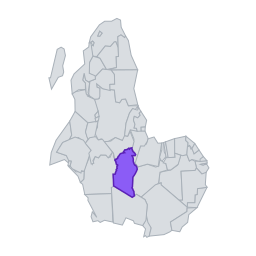 Chad on a map of Africa (Equal Earth projection), rotated 178°
{"feature_id": "TCD", "entity_name": "Chad", "entity_type": "country or territory", "adm_level": 0, "iso_a3": "TCD", "parent_name": "Africa", "parent_adm1": "", "projection": "equal_earth", "projection_center": [18.978, 15.46], "detail": "fine", "context": "in_parent", "style": "filled", "palette": "violet", "viewbox_px": 256, "rotation_deg": 178, "n_neighbors": 49, "source": "natural_earth", "source_scale": "50m", "svg_char_len": 12639}
<svg xmlns="http://www.w3.org/2000/svg" viewBox="0 0 256 256"><g transform="rotate(178 128 128)"><path d="M168.0,134.6L180.3,146.4L180.1,158.4L182.6,164.1L180.7,165.9L169.2,167.9L167.4,161.3L160.4,157.9L157.8,152.2L157.2,145.8L160.6,142.2L159.8,135.2L168.0,134.6Z" fill="#d9dde1" stroke="#a8b0b8" stroke-width="1"/><path d="M71.6,46.8L71.2,51.3L63.9,51.1L63.3,58.8L61.2,59.1L60.6,65.0L51.1,66.0L61.8,46.0L71.6,46.8Z" fill="#d9dde1" stroke="#a8b0b8" stroke-width="1"/><path d="M157.2,145.8L160.4,157.9L155.7,158.5L154.8,168.7L157.6,169.9L157.8,173.3L152.0,168.2L140.3,166.5L139.4,154.6L135.6,153.5L133.1,156.8L129.4,157.1L126.8,150.2L117.1,149.9L120.4,145.8L122.7,147.3L126.0,142.8L129.8,132.9L131.9,118.3L134.1,115.7L141.0,118.9L148.6,115.0L152.6,115.1L155.1,118.1L158.1,117.1L161.6,124.6L158.5,129.7L157.2,145.8Z" fill="#d9dde1" stroke="#a8b0b8" stroke-width="1"/><path d="M186.0,136.9L184.5,122.8L187.2,118.2L193.8,115.8L200.2,106.3L190.6,102.6L187.8,98.3L189.1,95.5L192.6,98.7L207.5,93.7L205.6,106.1L200.3,118.3L186.0,136.9Z" fill="#d9dde1" stroke="#a8b0b8" stroke-width="1"/><path d="M180.3,146.4L168.0,134.6L170.6,125.6L168.2,118.2L171.2,114.2L177.8,120.2L186.6,119.2L184.5,122.8L186.0,136.9L180.3,146.4Z" fill="#d9dde1" stroke="#a8b0b8" stroke-width="1"/><path d="M146.0,105.6L144.2,104.3L143.4,103.4L143.6,99.8L139.8,92.0L142.3,82.4L144.3,82.6L144.1,69.1L146.7,69.1L146.6,63.0L173.5,63.0L175.3,73.3L177.5,75.2L174.0,78.4L173.0,88.9L168.5,98.1L168.0,104.2L164.9,93.0L161.8,100.7L158.6,99.2L156.2,102.0L151.1,101.7L147.1,99.2L144.4,104.4L146.0,105.6Z" fill="#d9dde1" stroke="#a8b0b8" stroke-width="1"/><path d="M127.1,219.9L128.2,218.5L131.8,221.3L135.0,219.6L135.0,208.6L137.2,214.7L138.8,214.4L142.7,210.1L147.9,210.7L156.6,200.5L160.6,201.0L162.0,207.4L161.7,211.8L159.9,211.5L159.0,214.5L160.3,216.1L163.8,214.5L162.1,220.4L153.0,232.1L147.6,235.5L140.7,235.3L135.3,237.9L131.7,236.1L131.3,228.9L127.1,219.9ZM155.0,221.0L153.0,220.7L150.6,223.7L152.9,225.7L155.0,221.0Z" fill="#d9dde1" stroke="#a8b0b8" stroke-width="1"/><path d="M155.0,221.0L152.9,225.7L150.6,223.7L153.0,220.7L155.0,221.0Z" fill="#d9dde1" stroke="#a8b0b8" stroke-width="1"/><path d="M160.6,201.0L153.5,198.7L147.4,187.2L151.4,187.8L159.0,180.3L164.8,184.0L164.1,195.1L160.6,201.0Z" fill="#d9dde1" stroke="#a8b0b8" stroke-width="1"/><path d="M156.6,200.5L147.9,210.7L142.7,210.1L138.8,214.4L137.2,214.7L135.0,208.6L135.0,199.8L137.3,199.7L137.4,188.8L147.4,187.2L153.5,198.7L156.6,200.5Z" fill="#d9dde1" stroke="#a8b0b8" stroke-width="1"/><path d="M135.0,199.8L135.0,219.6L131.8,221.3L128.2,218.5L127.1,219.9L124.6,215.5L122.3,200.6L116.3,185.8L146.9,186.7L137.4,188.8L137.3,199.7L135.0,199.8Z" fill="#d9dde1" stroke="#a8b0b8" stroke-width="1"/><path d="M50.4,88.8L48.5,85.3L52.2,80.0L55.8,79.5L61.0,85.7L62.2,92.4L50.3,92.6L50.0,90.2L57.0,89.1L50.4,88.8Z" fill="#d9dde1" stroke="#a8b0b8" stroke-width="1"/><path d="M62.2,92.4L61.0,85.7L62.3,83.3L76.5,82.9L76.0,54.0L79.4,54.0L96.9,70.0L96.8,72.0L99.4,71.7L97.6,82.7L86.7,84.6L79.8,89.2L76.2,98.9L70.1,99.4L67.8,92.9L65.3,94.3L62.2,92.4Z" fill="#d9dde1" stroke="#a8b0b8" stroke-width="1"/><path d="M51.1,66.0L60.6,65.0L61.2,59.1L63.3,58.8L63.9,51.1L71.2,51.3L71.6,46.8L79.4,54.0L76.0,54.0L76.5,82.9L62.3,83.3L61.0,85.7L55.8,79.5L51.4,81.0L52.7,68.8L51.1,66.0Z" fill="#d9dde1" stroke="#a8b0b8" stroke-width="1"/><path d="M94.9,111.8L92.9,112.2L92.6,102.8L90.6,98.6L95.5,93.1L97.6,97.8L95.0,104.8L94.9,111.8Z" fill="#d9dde1" stroke="#a8b0b8" stroke-width="1"/><path d="M123.6,60.4L126.0,67.9L124.4,79.4L120.4,86.4L122.8,89.7L121.8,92.3L119.3,88.8L109.9,91.2L101.7,88.0L98.5,89.0L97.3,94.9L91.4,91.2L90.0,84.7L97.6,82.7L99.4,71.7L117.2,58.5L122.0,61.5L123.6,60.4Z" fill="#d9dde1" stroke="#a8b0b8" stroke-width="1"/><path d="M94.9,111.8L99.2,88.4L109.9,91.2L119.3,88.8L122.7,93.6L116.1,109.6L110.2,111.3L108.4,116.5L102.3,118.1L98.7,111.8L94.9,111.8Z" fill="#d9dde1" stroke="#a8b0b8" stroke-width="1"/><path d="M122.6,91.1L124.8,100.1L121.3,101.5L124.7,107.3L122.4,116.6L125.8,126.1L111.1,124.4L108.4,117.4L109.0,114.3L112.3,109.4L116.1,109.6L122.6,91.1Z" fill="#d9dde1" stroke="#a8b0b8" stroke-width="1"/><path d="M90.9,97.0L92.9,112.2L91.0,112.9L88.7,97.9L90.9,97.0Z" fill="#d9dde1" stroke="#a8b0b8" stroke-width="1"/><path d="M88.9,96.9L91.0,112.9L81.8,115.8L82.0,97.1L88.9,96.9Z" fill="#d9dde1" stroke="#a8b0b8" stroke-width="1"/><path d="M70.1,99.4L74.4,98.4L82.2,101.2L81.8,115.8L70.4,117.8L70.8,113.6L68.5,111.2L70.1,99.4Z" fill="#d9dde1" stroke="#a8b0b8" stroke-width="1"/><path d="M57.2,92.0L65.3,94.3L67.8,92.9L70.1,99.4L69.3,107.3L67.1,108.5L65.9,104.7L64.2,105.3L62.9,99.9L57.8,103.5L53.7,96.8L57.2,92.0Z" fill="#d9dde1" stroke="#a8b0b8" stroke-width="1"/><path d="M50.3,92.6L57.2,92.0L57.0,94.4L53.7,96.8L50.3,92.6Z" fill="#d9dde1" stroke="#a8b0b8" stroke-width="1"/><path d="M68.9,107.3L68.5,111.2L70.8,113.6L70.4,117.8L61.8,110.2L64.8,105.1L67.1,108.5L68.9,107.3Z" fill="#d9dde1" stroke="#a8b0b8" stroke-width="1"/><path d="M57.8,103.5L62.9,99.9L64.8,105.1L61.8,110.2L57.8,103.5Z" fill="#d9dde1" stroke="#a8b0b8" stroke-width="1"/><path d="M76.2,98.9L79.1,90.0L86.7,84.6L90.0,84.7L91.4,91.2L94.0,91.9L90.9,97.0L82.0,97.1L82.2,101.2L76.2,98.9Z" fill="#d9dde1" stroke="#a8b0b8" stroke-width="1"/><path d="M152.6,115.1L145.7,115.5L141.0,118.9L134.1,115.7L131.7,120.5L128.6,119.8L126.0,124.4L122.4,114.4L124.3,108.2L130.6,106.7L142.0,96.5L143.4,103.4L152.6,115.1Z" fill="#d9dde1" stroke="#a8b0b8" stroke-width="1"/><path d="M131.7,120.5L129.8,132.9L126.0,142.8L122.7,147.3L118.1,145.6L116.4,147.5L114.5,144.2L116.3,142.4L115.4,140.3L117.9,137.8L121.3,139.4L122.3,135.8L120.9,131.5L121.9,127.8L119.6,127.4L119.1,124.4L125.8,126.1L128.6,119.8L131.7,120.5Z" fill="#d9dde1" stroke="#a8b0b8" stroke-width="1"/><path d="M114.9,124.5L118.8,124.3L119.6,127.4L121.9,127.8L120.9,131.5L122.3,135.8L121.3,139.4L117.9,137.8L115.4,140.3L116.3,142.4L114.5,144.2L109.1,135.1L110.7,128.4L114.9,128.3L114.9,124.5Z" fill="#d9dde1" stroke="#a8b0b8" stroke-width="1"/><path d="M111.1,124.4L114.9,124.5L114.9,128.3L110.7,128.4L111.1,124.4Z" fill="#d9dde1" stroke="#a8b0b8" stroke-width="1"/><path d="M160.4,157.9L166.2,162.1L164.7,174.7L165.9,175.5L158.8,178.1L159.0,180.3L151.4,187.8L142.7,186.5L139.7,182.1L139.8,172.2L144.6,172.2L144.4,166.0L152.0,168.2L157.8,173.3L157.6,169.9L154.8,168.7L155.0,160.5L156.4,158.1L160.4,157.9Z" fill="#d9dde1" stroke="#a8b0b8" stroke-width="1"/><path d="M165.1,160.7L168.6,163.6L169.0,174.3L171.6,177.5L169.9,184.3L168.7,177.5L164.7,174.7L166.7,164.8L165.1,160.7Z" fill="#d9dde1" stroke="#a8b0b8" stroke-width="1"/><path d="M169.2,167.9L175.9,168.0L182.6,164.1L183.3,177.8L180.0,184.0L169.0,193.5L170.0,206.6L164.4,210.3L163.8,214.5L162.1,214.5L160.6,201.0L164.1,195.1L164.8,184.0L159.1,181.4L158.8,178.1L165.9,175.5L168.7,177.5L169.9,184.3L171.6,177.5L169.0,174.3L169.2,167.9Z" fill="#d9dde1" stroke="#a8b0b8" stroke-width="1"/><path d="M162.1,214.5L160.3,216.1L159.0,214.5L159.9,211.5L162.1,214.5Z" fill="#d9dde1" stroke="#a8b0b8" stroke-width="1"/><path d="M116.4,147.5L118.1,147.4L117.1,149.9L116.4,147.5ZM117.4,150.9L126.8,150.2L129.4,157.1L133.1,156.8L135.6,153.5L139.4,154.6L140.3,166.5L144.7,167.0L144.6,172.2L139.8,172.2L139.7,182.1L142.7,186.5L116.3,185.8L120.8,167.2L117.4,150.9Z" fill="#d9dde1" stroke="#a8b0b8" stroke-width="1"/><path d="M159.9,139.2L160.6,142.2L157.2,145.8L156.5,140.6L159.9,139.2Z" fill="#d9dde1" stroke="#a8b0b8" stroke-width="1"/><path d="M203.1,169.5L205.3,180.9L203.7,180.9L196.0,209.1L192.0,211.1L189.1,209.2L188.0,202.6L191.1,192.4L190.3,186.2L191.6,182.5L195.9,181.1L203.1,169.5Z" fill="#d9dde1" stroke="#a8b0b8" stroke-width="1"/><path d="M50.0,90.2L54.2,88.0L57.0,89.1L50.0,90.2Z" fill="#d9dde1" stroke="#a8b0b8" stroke-width="1"/><path d="M112.2,38.2L108.3,27.3L110.6,19.2L113.0,18.1L114.3,19.8L116.1,18.8L114.0,26.6L116.8,30.0L112.2,38.2Z" fill="#d9dde1" stroke="#a8b0b8" stroke-width="1"/><path d="M71.6,46.8L72.0,42.5L88.9,32.5L87.7,24.2L89.9,22.7L95.8,20.2L110.6,19.2L108.3,27.3L111.4,33.0L112.8,40.8L111.4,50.6L113.5,55.8L117.2,58.5L102.6,70.3L96.8,72.0L96.9,70.0L71.6,46.8Z" fill="#d9dde1" stroke="#a8b0b8" stroke-width="1"/><path d="M173.3,86.3L174.0,78.4L177.5,75.2L179.7,81.6L188.8,91.6L187.2,92.1L181.6,86.0L173.3,86.3Z" fill="#d9dde1" stroke="#a8b0b8" stroke-width="1"/><path d="M61.8,46.0L70.3,39.3L71.7,31.6L77.3,27.2L79.9,22.5L87.7,24.2L88.9,32.5L72.0,42.5L71.7,46.0L61.8,46.0Z" fill="#d9dde1" stroke="#a8b0b8" stroke-width="1"/><path d="M173.5,63.0L146.6,63.0L146.4,34.5L154.7,36.6L159.1,34.6L161.3,36.4L166.3,35.5L168.0,40.6L166.6,45.5L162.3,39.8L170.6,57.1L170.3,59.6L173.5,63.0Z" fill="#d9dde1" stroke="#a8b0b8" stroke-width="1"/><path d="M145.9,33.6L146.7,69.1L144.0,70.4L125.9,58.7L122.0,61.5L113.5,55.8L111.4,50.6L113.3,35.1L116.8,30.0L124.9,32.5L125.8,35.1L133.2,38.3L137.0,31.2L145.9,33.6Z" fill="#d9dde1" stroke="#a8b0b8" stroke-width="1"/><path d="M200.2,106.3L193.8,115.8L181.2,120.8L173.2,117.5L165.6,107.0L173.3,86.3L176.0,86.9L176.6,84.6L185.3,89.3L187.2,92.1L185.9,96.8L188.3,97.2L190.6,102.6L200.2,106.3Z" fill="#d9dde1" stroke="#a8b0b8" stroke-width="1"/><path d="M187.2,92.1L189.4,92.6L188.3,97.2L185.9,96.8L187.2,92.1Z" fill="#d9dde1" stroke="#a8b0b8" stroke-width="1"/><path d="M168.0,134.6L157.8,135.8L161.7,119.6L168.2,118.2L169.3,120.4L170.6,125.6L168.0,134.6Z" fill="#d9dde1" stroke="#a8b0b8" stroke-width="1"/><path d="M159.8,135.2L160.6,138.8L156.5,140.6L157.2,136.7L159.8,135.2Z" fill="#d9dde1" stroke="#a8b0b8" stroke-width="1"/><path d="M160.7,120.5L158.1,117.1L154.0,117.7L144.4,104.4L148.8,98.8L151.1,101.7L156.2,102.0L158.6,99.2L161.8,100.7L164.2,96.7L163.4,93.9L166.0,93.3L168.0,104.2L165.6,107.0L171.2,114.2L166.7,119.6L160.7,120.5Z" fill="#d9dde1" stroke="#a8b0b8" stroke-width="1"/><path d="M144.4,70.6L144.4,72.0L144.4,73.3L144.4,74.7L144.4,76.1L144.4,77.5L144.5,78.8L144.5,80.2L144.5,81.6L144.5,82.1L144.5,82.3L144.4,82.3L143.9,82.2L143.6,82.2L143.3,82.3L142.8,82.3L142.5,82.3L142.3,82.5L142.1,82.8L142.2,83.5L142.1,84.0L141.9,84.2L141.8,84.3L141.7,84.5L141.6,84.8L141.5,85.1L141.5,85.3L141.4,85.4L141.2,85.5L140.9,85.8L140.9,86.0L141.0,86.5L141.1,86.8L141.2,87.0L140.8,87.4L140.7,87.5L140.4,87.9L140.2,88.0L140.2,88.4L140.3,88.7L140.4,89.0L140.5,89.2L140.5,89.5L140.4,89.9L140.3,90.0L139.9,90.3L139.8,90.7L139.6,91.1L139.6,91.4L139.6,91.5L139.8,91.7L140.0,91.7L140.5,91.6L140.8,91.8L140.9,92.1L140.9,92.4L141.0,92.8L141.1,93.4L141.1,93.6L141.3,93.7L141.3,93.8L141.3,94.9L141.4,95.1L141.5,95.3L141.7,95.6L141.8,95.7L142.0,95.7L142.1,95.9L142.2,96.1L142.2,96.3L142.1,96.9L142.0,97.2L141.9,97.2L141.7,97.1L141.4,97.0L141.1,97.0L140.9,97.1L140.5,97.3L140.4,97.4L140.4,97.5L140.2,97.5L139.9,97.8L139.5,98.1L139.4,98.2L139.3,98.3L139.4,98.6L139.4,98.9L139.3,99.2L139.1,99.3L138.9,99.4L138.8,99.5L138.6,100.1L138.3,100.2L137.7,101.0L137.4,101.6L137.1,101.9L136.9,102.1L136.8,102.3L136.7,102.4L136.1,102.8L135.5,102.8L135.2,103.0L134.6,103.1L133.9,103.2L133.4,103.2L133.1,103.2L132.9,103.4L132.8,103.6L132.7,103.6L132.8,103.7L132.7,103.7L133.2,104.1L133.3,104.3L133.2,104.5L132.8,105.1L132.4,105.6L132.2,105.7L132.2,105.8L132.1,106.2L131.7,106.3L131.2,106.3L130.5,106.4L130.1,106.4L129.9,106.4L129.5,106.6L129.4,106.7L128.9,106.9L128.6,107.3L128.1,107.5L127.9,107.7L127.8,107.8L127.6,107.5L127.4,107.2L127.3,106.9L127.2,106.8L127.0,107.1L126.9,107.4L126.5,107.5L126.1,107.7L125.9,107.9L125.6,108.0L125.3,108.0L125.0,107.9L124.8,107.9L124.9,107.6L125.0,107.4L125.0,107.2L124.8,106.9L124.7,106.8L124.5,106.1L124.3,105.3L124.0,104.6L123.6,104.1L123.4,103.8L123.2,103.7L122.6,103.1L122.1,102.6L122.0,102.3L121.8,101.9L121.5,101.5L121.4,101.4L121.3,101.0L121.5,100.8L121.7,100.4L121.9,100.1L122.2,100.1L122.8,100.2L123.3,100.3L123.9,100.2L124.0,100.1L124.4,100.2L125.0,100.2L124.9,99.8L124.6,99.4L124.3,99.0L124.2,98.6L124.0,98.0L123.9,97.4L123.8,96.6L123.8,96.1L123.8,95.8L124.0,95.3L123.9,94.9L123.9,94.7L123.9,94.3L123.9,94.1L123.7,93.5L123.6,93.4L123.5,93.0L123.4,92.3L123.2,91.8L122.9,91.5L122.7,91.3L122.6,90.8L122.5,90.6L122.0,90.5L121.6,90.5L121.3,89.9L120.9,89.2L120.5,88.5L120.3,87.2L120.2,86.4L120.3,86.2L120.6,85.6L121.0,84.6L121.9,83.0L122.3,82.2L123.2,80.9L124.3,79.4L124.9,78.6L125.0,77.0L125.1,75.4L125.2,74.2L125.3,72.7L125.4,71.5L125.5,70.6L125.6,69.4L125.6,69.1L126.1,68.1L126.0,67.8L125.4,67.0L125.3,66.8L125.2,66.4L125.3,66.2L124.6,64.8L124.4,64.6L124.4,64.4L124.3,64.2L124.3,63.2L124.2,61.7L123.9,60.0L124.8,59.5L125.4,59.1L126.2,58.6L127.0,59.1L128.0,59.8L129.1,60.5L130.2,61.2L131.3,62.0L132.4,62.7L133.4,63.4L134.5,64.1L135.6,64.8L136.7,65.5L137.8,66.3L138.9,67.0L140.0,67.7L141.1,68.4L142.2,69.2L143.3,69.9L144.4,70.6Z" fill="#8b5cf6" stroke="#5b21b6" stroke-width="1.5"/></g></svg>